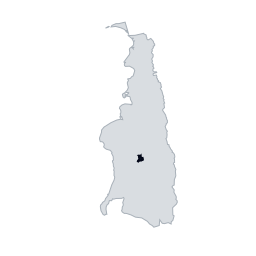 Tercero Arriba, Córdoba, Argentina (highlighted), rotated 165°
{"feature_id": "61730980B38611506941533", "entity_name": "Tercero Arriba", "entity_type": "district", "adm_level": 2, "iso_a3": "ARG", "parent_name": "Argentina", "parent_adm1": "Córdoba", "projection": "equal_earth", "projection_center": [-63.538, -32.374], "detail": "fine", "context": "in_parent", "style": "filled", "palette": "ink", "viewbox_px": 256, "rotation_deg": 165, "n_neighbors": 0, "source": "geoboundaries", "source_scale": "gbopen_adm2", "svg_char_len": 5040}
<svg xmlns="http://www.w3.org/2000/svg" viewBox="0 0 256 256"><g transform="rotate(165 128 128)"><path d="M154.9,81.3L153.5,84.0L153.8,85.8L152.5,90.1L152.8,90.9L151.7,92.9L152.0,95.0L151.5,97.1L151.7,99.7L151.3,100.5L150.4,100.7L149.7,104.4L150.4,107.8L149.8,108.5L150.9,111.0L154.5,113.2L156.2,115.4L156.3,116.3L155.3,117.7L155.2,118.9L155.7,120.5L156.5,121.4L158.3,122.0L158.4,124.3L158.1,125.7L154.7,130.7L154.0,132.9L150.9,135.1L142.9,137.6L136.7,138.6L133.2,138.4L130.9,137.4L131.1,140.2L132.2,141.0L131.6,141.0L132.1,141.6L131.8,143.8L131.1,144.3L130.5,146.2L130.6,147.8L131.2,149.1L130.5,150.5L127.9,151.8L124.7,152.1L118.9,150.0L119.1,149.6L118.8,149.5L117.9,149.9L117.5,151.8L118.2,154.7L118.0,157.1L118.3,157.9L120.4,158.9L120.3,159.9L121.0,160.0L122.5,159.7L122.7,159.0L121.9,158.7L123.9,158.0L124.7,159.1L124.8,161.6L124.4,162.2L122.8,162.7L122.4,162.6L121.5,160.8L120.7,160.5L118.4,161.4L118.2,162.0L121.5,163.2L119.1,164.6L117.2,166.9L117.1,171.2L116.7,172.4L115.4,173.5L115.2,174.3L115.6,174.7L115.5,175.5L112.9,175.3L111.1,176.6L109.5,177.0L106.6,181.7L107.1,184.0L110.5,187.3L114.6,188.2L115.2,189.3L115.0,190.6L114.5,191.4L113.0,192.1L114.3,192.1L114.9,192.8L107.6,198.6L106.7,200.2L106.3,203.7L105.8,204.4L104.3,205.1L103.2,204.4L102.4,203.1L102.4,204.1L101.0,204.5L102.7,204.6L103.5,205.4L101.3,206.6L100.7,207.8L100.4,209.3L99.6,210.3L100.3,210.1L101.0,213.1L99.2,213.3L101.4,213.8L104.0,217.3L103.8,217.6L103.8,217.2L97.2,215.7L88.4,215.4L88.5,215.0L86.4,213.1L86.7,211.8L86.4,210.6L86.7,209.6L86.4,208.3L85.6,207.9L82.8,208.6L81.1,205.2L81.1,203.3L80.5,202.1L81.0,200.6L82.4,200.5L82.8,198.9L84.6,197.6L84.5,196.1L85.6,195.2L85.8,194.4L84.7,192.4L85.4,190.2L87.3,188.5L87.0,186.3L88.0,185.2L87.1,182.4L88.2,181.1L87.6,180.5L87.5,178.9L88.6,178.5L89.2,176.9L88.1,175.4L86.0,174.9L85.9,174.1L89.5,174.1L90.0,172.9L89.7,172.1L86.9,171.8L86.8,170.1L87.4,169.1L86.8,168.0L87.0,167.0L86.2,165.5L86.9,164.9L85.0,163.4L84.9,160.9L85.3,160.2L85.0,158.9L86.6,157.6L85.7,155.2L85.7,150.5L85.4,149.2L86.4,147.3L85.8,146.0L86.5,145.1L86.1,142.6L87.0,142.4L87.5,138.2L89.6,137.0L90.0,136.2L88.3,130.8L88.4,128.8L88.1,127.9L88.4,126.7L88.0,125.0L88.6,122.9L90.1,122.1L90.2,121.4L91.7,119.9L91.5,116.5L90.8,114.7L91.6,114.0L92.0,111.3L93.1,108.5L94.1,108.0L93.8,104.8L94.1,101.9L92.8,101.3L93.0,99.2L92.6,98.7L92.2,96.5L91.3,94.6L91.2,93.7L91.7,93.1L90.7,92.4L90.0,90.5L90.1,88.9L90.3,87.8L91.3,86.9L91.1,86.1L91.9,82.7L93.0,82.5L93.5,81.3L92.9,80.6L93.0,78.5L92.5,75.6L93.4,74.1L94.2,69.4L96.6,66.1L98.2,60.9L99.4,60.8L100.8,59.7L99.4,56.2L100.3,54.1L99.2,49.5L99.5,47.8L100.3,46.8L99.4,45.1L99.6,43.6L100.9,42.0L105.5,39.5L107.2,32.4L106.2,31.2L108.7,27.0L110.5,26.3L111.2,24.1L113.6,26.2L117.6,26.2L119.6,27.1L121.1,31.2L123.1,25.7L128.7,25.5L129.8,27.5L132.0,29.7L133.4,32.8L138.0,37.6L143.9,40.0L147.5,43.2L151.6,45.9L153.7,46.5L155.3,48.4L155.6,49.8L154.7,51.0L154.0,53.1L152.8,54.3L152.3,55.6L152.4,57.3L150.1,60.7L150.2,62.0L152.4,61.7L157.7,63.0L160.3,63.0L161.2,63.6L162.6,62.0L164.8,62.7L166.4,59.9L167.9,59.4L169.5,57.5L170.3,55.1L170.8,50.1L171.6,50.5L173.1,49.8L174.4,50.8L175.5,55.0L175.1,59.1L174.4,60.7L172.8,61.6L171.9,62.7L169.3,63.6L167.9,65.7L164.7,68.0L164.8,69.2L163.8,69.1L158.3,77.4L154.9,81.3ZM103.4,231.0L103.1,219.2L104.8,221.5L104.0,221.4L103.8,222.5L105.2,222.7L105.9,224.1L109.1,226.7L113.6,229.3L118.2,230.0L116.9,231.3L112.5,231.9L109.9,231.2L103.4,231.0ZM120.0,230.8L121.3,230.4L123.9,230.3L120.5,231.2L120.0,230.8ZM132.9,139.5L132.9,140.1L132.0,139.2L132.9,139.5Z" fill="#d9dde1" stroke="#a8b0b8" stroke-width="1"/><path d="M125.1,98.8L124.9,98.5L125.0,98.3L125.0,98.2L124.9,98.0L125.0,97.9L125.0,97.5L125.1,97.3L125.1,97.1L125.1,96.9L125.2,96.7L125.3,96.4L125.3,96.2L125.0,95.9L125.0,95.6L125.1,95.4L125.1,95.2L125.2,94.9L125.3,94.9L125.4,95.0L125.5,95.0L125.6,94.9L126.0,94.7L125.9,94.5L125.8,94.4L125.7,94.3L125.6,94.1L125.8,94.0L126.0,94.0L126.1,93.9L126.3,93.9L126.5,93.8L126.7,93.7L126.8,93.7L126.8,93.8L126.9,94.0L126.9,93.9L127.0,93.9L127.1,93.7L127.2,93.4L127.3,93.4L127.4,93.2L127.2,93.1L127.0,93.3L126.9,93.4L126.8,93.5L126.7,93.5L126.7,93.4L126.7,93.2L126.6,92.9L126.5,93.0L126.4,93.0L126.2,93.0L125.9,93.2L125.7,93.2L125.7,93.3L125.3,93.3L125.1,93.3L125.0,93.2L124.9,93.2L124.8,93.3L124.7,93.4L124.5,93.5L124.4,93.4L124.4,93.6L124.3,93.3L124.1,93.3L123.8,93.3L123.6,93.3L123.4,93.3L123.2,93.3L123.2,93.5L123.1,93.4L123.0,93.2L122.9,93.1L122.6,93.1L122.4,93.1L122.4,93.4L122.1,93.4L121.8,93.4L121.6,93.4L121.5,93.9L121.5,94.3L121.5,94.5L121.4,94.6L121.4,94.8L121.4,95.0L121.4,95.5L121.5,95.5L121.6,95.4L121.8,95.4L122.0,95.4L122.3,95.4L122.4,95.5L122.5,95.5L122.8,95.6L122.9,95.8L123.0,95.8L123.2,96.0L123.2,96.3L123.0,96.5L122.9,96.5L123.0,96.6L122.9,96.7L122.9,96.8L122.9,97.1L122.8,97.4L122.8,97.5L122.7,97.7L122.7,97.8L122.6,98.4L122.9,98.2L123.0,98.2L123.0,98.3L123.0,98.2L123.3,98.0L123.5,98.0L123.8,98.1L124.0,98.1L124.3,98.1L124.3,98.3L124.3,98.5L124.2,98.6L124.4,98.7L124.5,98.7L124.8,98.8L125.0,98.8L125.1,98.8Z" fill="#0f172a" stroke="#020617" stroke-width="1.5"/></g></svg>